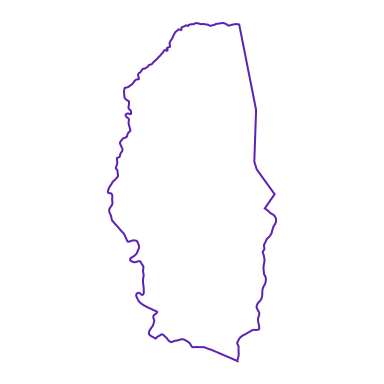 the district of Aguanqueterique, La Paz, Honduras
{"feature_id": "27666195B50891803381013", "entity_name": "Aguanqueterique", "entity_type": "district", "adm_level": 2, "iso_a3": "HND", "parent_name": "Honduras", "parent_adm1": "La Paz", "projection": "mercator", "projection_center": [-87.66, 13.981], "detail": "fine", "context": "isolated", "style": "outline", "palette": "violet", "viewbox_px": 384, "rotation_deg": 0, "n_neighbors": 0, "source": "geoboundaries", "source_scale": "gbopen_adm2", "svg_char_len": 5985}
<svg xmlns="http://www.w3.org/2000/svg" viewBox="0 0 384 384"><path d="M124.8,87.9L124.2,89.7L124.0,91.7L124.4,96.8L124.8,98.0L125.5,99.0L126.4,99.8L128.7,101.2L129.0,101.5L128.9,104.8L128.5,106.9L128.5,108.0L128.7,108.6L129.0,109.0L129.6,109.6L130.2,109.9L130.5,110.3L130.8,110.9L131.0,111.7L131.1,113.5L131.0,113.8L130.8,114.0L130.6,114.1L130.3,114.1L129.3,113.8L128.1,113.5L127.6,113.5L127.1,113.5L126.6,113.8L126.1,114.1L125.8,114.6L125.6,115.2L125.8,116.0L126.3,116.8L126.9,117.4L127.6,117.8L128.1,118.1L128.5,118.6L128.8,119.2L128.9,120.0L128.7,121.5L128.6,123.7L130.2,129.5L130.4,130.7L130.2,131.0L128.3,132.8L127.8,133.5L127.6,134.0L127.1,136.1L126.7,136.8L125.8,137.4L123.7,138.1L122.8,138.7L122.2,139.4L120.6,141.4L120.2,142.1L120.0,142.5L120.0,143.2L120.2,144.1L122.3,148.6L122.5,149.5L122.5,150.2L122.3,150.9L120.4,153.7L120.1,154.9L119.9,156.1L119.6,156.8L119.4,157.0L118.9,157.3L117.2,157.9L117.0,158.0L116.9,158.3L117.0,160.4L117.3,161.8L117.3,163.0L116.6,165.8L115.9,167.2L115.8,168.1L116.0,168.7L117.0,169.6L117.2,170.0L117.4,170.4L117.6,171.8L118.0,175.7L118.0,176.1L117.5,176.9L116.4,178.3L115.1,179.7L113.1,181.4L112.4,182.3L111.7,183.7L110.0,186.2L108.8,188.3L107.9,191.4L108.0,192.3L108.2,192.6L108.4,192.9L111.3,193.5L111.7,194.0L112.0,194.7L112.2,195.3L112.3,196.2L112.3,197.0L112.1,199.2L112.2,200.6L112.5,202.3L112.4,203.6L112.1,204.6L111.7,205.5L110.3,207.4L109.8,208.3L109.4,209.0L109.2,209.8L109.3,211.8L109.7,213.0L110.5,214.6L111.1,216.1L111.3,216.9L111.4,218.0L111.5,218.5L111.9,219.8L112.3,220.8L113.0,221.5L116.3,225.3L118.1,227.1L119.8,229.3L123.8,233.6L124.9,235.6L126.7,239.8L127.2,240.8L127.6,241.5L127.9,241.6L128.2,241.7L129.1,241.6L132.3,240.6L133.2,240.3L134.7,240.4L136.1,240.7L136.8,241.0L137.2,241.5L138.0,243.1L138.8,245.2L139.1,246.6L139.0,248.0L137.5,251.5L137.1,252.7L136.9,253.1L135.8,254.5L134.4,255.8L133.5,256.4L130.6,258.1L130.3,258.6L130.2,259.6L130.2,260.3L130.4,260.5L130.6,260.8L132.4,261.7L133.7,262.2L134.4,262.2L135.3,262.2L139.0,261.1L139.5,261.1L140.0,261.2L140.7,262.0L141.5,263.7L143.1,265.9L143.3,266.6L143.4,267.8L143.0,270.6L143.5,274.2L143.7,275.6L143.2,277.9L143.0,280.3L143.0,282.1L143.3,285.0L143.7,287.9L143.8,292.4L143.6,293.4L143.4,294.1L143.1,294.5L142.7,294.8L142.1,294.8L141.5,294.7L140.4,293.7L139.3,292.9L138.6,292.8L137.8,293.0L137.0,293.4L136.4,294.2L136.2,295.1L136.3,296.1L136.7,297.1L137.3,298.5L138.7,301.1L139.7,302.2L141.0,303.4L142.9,304.7L144.7,305.8L149.0,308.0L151.4,309.0L153.2,310.0L156.4,311.3L156.9,311.6L157.1,312.0L157.0,312.5L156.6,313.0L155.7,313.9L154.0,315.1L153.7,315.4L153.5,315.9L153.3,316.7L153.3,317.4L154.2,320.3L154.3,320.8L154.1,321.6L153.3,324.5L152.9,325.6L152.4,326.3L151.4,327.7L150.3,329.3L149.6,330.5L149.2,331.4L149.0,331.9L148.9,332.8L149.0,333.6L149.1,334.2L149.7,335.0L151.0,336.0L154.9,338.1L155.6,338.6L157.4,336.8L160.0,335.4L160.9,334.7L161.7,334.4L162.3,334.3L163.3,334.9L165.3,336.8L166.4,337.7L167.2,338.7L167.4,339.2L168.4,340.3L169.7,341.5L171.2,342.1L171.9,342.0L173.2,341.4L174.6,340.9L175.7,340.6L176.7,340.6L179.0,340.0L181.5,339.2L183.7,339.4L186.2,340.7L188.0,341.8L189.6,343.0L190.4,344.2L191.9,346.8L192.7,347.2L194.4,347.2L195.5,347.0L196.5,346.9L197.5,347.1L202.8,347.1L203.9,347.2L205.3,347.6L208.5,348.9L210.9,349.6L237.4,361.0L237.3,360.7L237.4,360.2L238.4,356.7L238.6,355.4L238.7,354.3L238.5,349.3L238.6,346.4L238.3,345.7L237.8,344.8L237.4,343.9L237.2,343.4L237.2,342.8L237.6,341.8L239.6,338.2L241.2,336.6L242.9,335.4L243.8,334.9L245.3,334.3L247.4,332.9L250.1,331.5L252.2,330.2L252.7,330.0L253.3,329.9L254.5,329.9L256.2,330.0L257.7,329.8L258.8,329.4L259.0,329.2L259.2,328.9L259.2,328.5L259.1,325.7L258.1,321.7L258.0,319.6L258.1,318.2L259.0,315.5L259.1,314.6L259.3,313.6L259.3,313.0L259.1,312.4L256.8,308.2L256.6,307.1L256.6,306.3L256.9,305.2L257.6,303.6L258.6,302.3L259.8,301.1L260.4,300.4L261.1,299.3L261.7,297.9L262.2,295.7L262.4,290.0L262.8,288.4L263.3,287.0L264.8,284.4L265.3,283.3L265.7,281.4L265.9,279.0L265.9,278.3L265.7,277.6L264.9,275.5L264.1,274.2L263.9,272.9L263.5,268.5L263.5,267.1L263.7,265.5L264.5,261.1L264.5,260.0L264.3,258.2L263.8,255.5L262.7,252.1L262.7,251.8L262.9,251.4L264.1,249.7L264.3,249.3L264.4,248.5L264.1,246.9L264.0,245.5L264.0,244.9L264.1,244.4L264.4,244.0L264.8,243.5L266.3,240.0L267.0,238.9L267.8,238.0L268.9,237.1L269.8,236.2L271.5,233.3L271.7,232.8L272.0,231.2L273.4,226.8L273.8,225.8L274.6,224.8L275.2,223.8L275.7,222.6L276.0,221.5L276.1,219.7L276.0,218.8L275.5,217.6L274.8,216.3L273.9,215.2L273.2,214.7L270.4,213.1L269.2,211.9L267.8,210.6L264.8,208.4L274.6,194.2L256.7,169.3L254.3,161.6L256.1,110.0L239.2,24.5L237.2,24.1L234.6,24.2L232.3,24.7L228.7,25.7L227.6,25.1L226.3,24.1L225.5,23.7L223.8,23.2L221.9,23.0L220.1,23.4L215.8,24.0L215.5,24.1L215.0,24.6L214.1,24.9L212.3,25.3L211.1,25.7L210.3,25.8L209.7,25.7L208.1,24.7L207.6,24.5L206.4,24.6L204.8,24.2L203.3,24.0L202.5,24.0L201.6,24.2L201.3,24.2L198.4,23.5L197.8,23.2L196.1,23.1L195.6,23.2L194.6,23.6L193.6,24.3L191.9,24.1L190.1,24.6L189.4,24.7L188.9,24.8L188.7,24.9L188.0,26.0L186.2,25.4L185.9,25.4L185.4,25.6L184.6,26.2L181.8,27.3L181.6,27.5L181.5,27.8L181.4,29.6L181.3,29.9L180.2,29.8L179.0,29.4L178.7,29.4L175.8,31.7L175.3,32.2L174.9,32.8L173.0,36.5L172.3,38.3L170.5,40.9L169.8,42.3L169.6,43.0L169.6,43.5L170.0,46.7L169.0,47.2L167.6,47.6L167.1,47.9L166.8,48.3L166.8,48.6L167.3,49.2L167.6,49.8L167.6,50.1L167.4,50.4L167.1,50.7L166.6,50.7L165.8,50.5L165.1,50.1L164.8,50.1L164.4,50.3L163.6,51.2L162.9,52.5L160.7,54.9L160.0,55.8L157.6,58.2L156.1,59.8L153.6,62.0L152.5,63.4L151.8,64.1L151.1,64.5L149.9,64.7L149.1,64.9L148.4,65.7L147.9,66.6L147.6,66.9L145.0,68.5L144.2,68.8L143.5,68.7L143.0,68.8L142.3,69.2L141.7,70.4L140.5,72.0L140.0,72.5L138.8,73.2L138.2,74.1L138.1,74.7L138.1,75.4L138.5,77.0L138.9,78.5L138.9,79.0L138.3,79.3L136.9,79.4L136.2,79.6L135.6,80.0L134.9,80.6L134.0,81.6L132.8,83.4L132.0,84.4L131.7,84.7L131.0,85.0L130.2,85.5L129.4,86.1L128.5,86.9L128.0,87.1L126.1,87.6L125.0,87.9L124.8,87.9Z" fill="none" stroke="#5b21b6" stroke-width="2"/></svg>